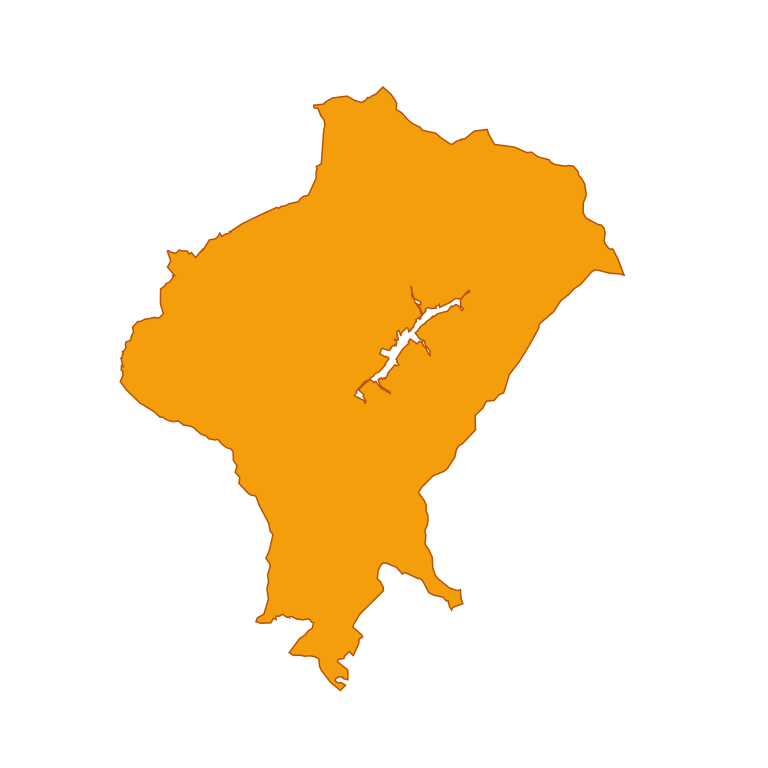 the district of Sandominic, Harghita, Romania, rotated 78°
{"feature_id": "2599482B98867301333239", "entity_name": "Sandominic", "entity_type": "district", "adm_level": 2, "iso_a3": "ROU", "parent_name": "Romania", "parent_adm1": "Harghita", "projection": "robinson", "projection_center": [25.816, 46.646], "detail": "fine", "context": "isolated", "style": "filled", "palette": "amber", "viewbox_px": 768, "rotation_deg": 78, "n_neighbors": 0, "source": "geoboundaries", "source_scale": "gbopen_adm2", "svg_char_len": 6161}
<svg xmlns="http://www.w3.org/2000/svg" viewBox="0 0 768 768"><g transform="rotate(78 384 384)"><path d="M664.7,498.3L674.7,490.4L670.6,484.2L666.7,488.7L667.1,490.2L666.4,491.7L664.1,493.5L662.1,492.4L661.0,488.3L662.4,485.0L663.4,485.3L665.8,481.0L665.0,480.6L656.1,478.9L646.2,487.2L644.2,486.5L643.8,484.9L644.3,480.4L641.9,478.9L638.4,473.4L643.2,470.8L642.9,470.2L632.7,462.7L628.3,461.3L626.9,457.4L624.7,458.0L615.3,465.0L612.8,463.6L603.8,455.1L586.1,427.5L582.4,427.0L575.9,429.0L573.2,431.0L565.3,428.5L560.8,425.1L558.9,422.4L559.8,418.8L565.7,410.2L573.7,405.4L572.7,402.7L581.6,390.9L581.4,389.5L584.4,387.2L597.6,383.4L600.9,379.2L605.0,370.3L609.2,368.2L609.3,366.5L615.5,366.2L619.2,364.8L616.8,363.0L615.3,352.5L610.2,353.3L601.0,352.0L601.5,353.6L600.9,356.0L597.0,362.5L585.3,372.0L581.3,373.6L573.9,374.5L563.4,372.8L555.4,374.6L549.2,377.2L540.7,374.5L536.2,374.6L530.9,370.9L526.8,369.4L521.4,368.4L516.9,369.2L511.2,367.8L506.3,368.9L497.4,372.9L492.7,368.4L483.9,354.8L481.9,343.4L479.9,339.6L470.3,329.9L464.3,327.4L461.3,325.1L459.9,323.4L458.6,319.6L447.9,304.0L433.8,301.5L428.2,292.4L422.1,287.3L423.0,279.8L418.3,273.5L417.6,268.8L400.8,259.4L390.0,246.8L376.1,233.6L361.0,220.6L359.6,220.8L357.2,218.9L348.5,202.9L339.1,193.5L334.8,184.6L330.3,178.2L327.3,170.6L317.9,158.3L316.4,154.9L316.4,152.5L322.4,140.6L325.4,130.4L327.5,126.5L310.0,129.3L299.3,132.2L299.6,133.5L298.1,136.1L292.3,138.6L289.8,138.9L282.4,136.3L277.4,136.4L273.5,138.7L272.7,141.3L263.8,151.7L260.4,153.0L257.9,153.6L248.1,151.3L242.5,147.5L239.0,146.6L230.4,146.1L224.3,147.8L220.6,150.1L216.4,150.1L210.4,153.3L208.5,158.5L208.7,161.4L204.6,171.7L201.2,175.1L199.1,175.8L193.8,186.3L188.0,191.3L187.2,196.5L179.4,207.1L172.6,226.1L161.7,229.6L156.5,230.1L155.3,243.1L161.0,253.9L160.7,258.2L161.6,258.2L161.2,259.8L161.9,263.6L163.5,266.6L163.3,269.0L154.8,277.3L149.3,281.4L143.8,293.8L140.5,295.2L135.6,301.5L131.4,305.1L122.2,310.5L118.0,315.0L112.5,313.3L109.3,313.9L102.1,316.9L93.3,323.3L98.6,331.4L99.9,336.7L101.0,337.7L100.4,340.5L102.9,343.4L103.9,347.7L100.6,353.6L94.7,360.3L93.5,374.9L95.3,380.8L96.9,384.3L97.7,384.5L96.7,394.9L99.4,394.9L100.7,391.3L108.2,390.1L113.6,387.8L118.3,387.9L123.6,390.3L155.7,399.6L157.2,404.9L161.0,405.0L161.9,406.2L168.5,407.6L183.6,418.7L183.7,423.8L185.8,427.9L187.8,429.8L188.0,440.1L189.1,443.2L189.0,448.5L189.9,449.0L190.0,450.7L189.0,452.3L192.9,470.0L197.8,489.6L202.4,501.1L203.5,502.0L202.6,502.6L203.1,503.7L204.6,504.5L204.4,508.0L205.8,511.9L202.2,513.3L204.9,515.3L207.0,518.9L206.7,524.8L215.1,532.8L214.4,533.5L216.7,535.3L216.2,535.8L221.1,541.9L215.4,545.1L216.4,547.8L213.5,548.4L212.7,549.7L211.8,554.0L210.3,556.4L212.7,560.1L212.6,561.2L210.6,565.4L208.9,566.8L208.9,568.3L219.5,567.0L224.5,571.5L234.3,566.2L233.9,568.3L235.4,567.7L239.7,572.5L240.6,576.5L242.4,577.9L244.6,582.8L259.0,586.0L269.5,585.2L272.7,590.5L271.0,595.3L271.3,601.9L270.7,603.3L272.1,609.1L271.8,612.0L276.2,618.1L280.9,618.2L285.5,621.7L287.3,621.9L289.0,624.3L289.2,627.7L291.8,628.8L294.9,628.8L297.3,631.1L298.2,633.4L300.1,632.4L300.7,633.7L304.4,635.0L304.0,635.9L312.7,635.6L311.4,636.9L315.9,638.2L317.3,636.6L319.2,637.5L320.5,637.0L326.9,641.5L336.5,637.0L352.2,626.4L363.0,614.8L370.0,609.9L370.4,607.1L373.2,604.8L375.9,600.6L377.2,597.4L377.3,593.1L382.5,588.6L384.8,582.4L387.1,579.3L394.8,573.7L398.0,568.6L401.0,567.0L403.6,561.0L403.7,557.9L409.5,554.8L413.5,551.3L415.7,547.2L418.6,545.7L427.6,547.2L433.4,544.7L439.4,547.9L445.4,544.5L451.0,546.6L462.4,539.7L465.2,536.9L466.4,533.5L468.1,532.4L475.9,531.4L496.6,525.7L504.1,526.0L508.2,523.9L523.8,531.2L529.9,535.8L536.0,533.1L539.4,533.5L546.2,537.5L553.6,538.1L559.8,541.1L570.4,541.8L584.2,549.4L586.3,556.3L589.8,558.7L592.4,554.2L594.1,544.3L590.2,540.9L592.0,538.6L588.6,538.1L589.4,534.6L588.2,531.0L592.2,527.4L591.9,526.2L593.1,525.0L591.9,524.2L592.4,522.6L596.0,517.9L596.9,514.3L597.8,513.1L598.1,506.2L601.9,504.3L603.0,502.5L608.2,505.2L609.6,509.4L613.0,513.4L615.6,519.6L627.0,532.6L630.6,529.1L631.8,522.5L633.8,518.2L634.5,512.8L636.5,508.2L639.2,504.9L647.0,505.7L651.4,504.7L664.7,498.3ZM311.6,280.9L313.3,286.3L316.7,290.4L317.3,291.8L324.0,292.7L326.9,290.5L328.0,291.7L328.2,292.9L324.0,293.8L321.1,297.2L322.7,300.6L321.7,301.8L325.9,306.6L326.4,316.9L328.7,321.9L327.8,322.5L329.7,324.6L332.3,330.8L333.6,331.0L333.6,332.9L335.8,336.8L339.0,340.0L340.5,342.9L347.0,339.8L349.1,337.4L350.6,337.3L349.3,336.2L350.3,335.3L354.5,335.6L360.8,332.1L365.6,333.0L363.5,334.4L357.4,335.5L354.5,338.0L353.7,337.6L350.3,339.0L349.6,340.4L351.5,343.2L345.3,349.2L348.3,351.8L349.5,351.3L353.4,358.1L362.4,367.1L363.7,366.1L365.0,366.9L368.4,365.5L368.9,367.7L367.4,369.2L374.4,378.3L375.8,378.4L379.3,381.8L377.9,382.6L379.1,384.7L377.4,385.2L378.4,388.8L384.3,388.0L387.1,386.2L393.1,379.8L394.5,379.9L391.6,383.3L391.1,383.0L388.7,386.6L384.2,389.7L380.2,391.1L380.6,391.8L379.7,392.3L380.7,393.6L377.1,396.0L377.2,397.4L379.9,403.4L384.5,410.1L390.0,406.0L391.5,407.0L397.2,405.3L399.0,406.5L398.5,407.0L397.5,406.2L395.6,407.5L389.3,415.5L386.5,412.3L385.4,412.6L378.0,402.9L376.3,396.2L375.2,396.1L374.2,392.9L371.9,390.3L371.2,386.3L365.4,378.4L364.6,378.9L360.9,374.4L359.3,374.1L357.2,376.6L357.6,377.3L353.7,381.8L349.2,379.2L349.0,377.8L352.0,372.7L352.1,371.3L350.3,369.4L349.6,369.7L348.3,367.0L348.9,366.5L347.5,365.2L349.1,364.3L346.2,362.9L342.0,364.8L343.8,362.5L343.9,361.0L341.8,360.4L339.9,361.7L338.8,360.4L336.8,361.0L335.4,360.3L334.7,358.4L340.6,357.4L339.0,357.2L337.0,355.5L333.6,350.1L334.1,349.1L338.2,348.8L336.9,346.2L336.1,346.6L334.7,343.4L332.7,342.8L329.3,339.1L327.9,339.6L326.3,336.3L328.2,335.6L327.5,334.2L326.0,334.7L325.4,332.9L317.8,333.5L313.7,335.5L312.3,335.1L311.1,336.8L307.8,336.7L303.9,338.6L298.5,337.4L293.5,337.7L296.7,336.8L296.9,337.5L306.4,337.0L311.3,331.1L314.0,331.4L313.0,334.7L317.8,332.6L324.0,331.6L321.2,327.8L319.4,328.1L319.1,327.4L318.4,324.1L319.9,323.1L320.6,317.1L318.6,317.2L318.4,314.2L317.6,313.5L320.6,313.5L317.9,302.3L315.6,297.4L315.4,295.4L316.9,291.2L310.7,283.0L310.3,281.2L311.6,280.9Z" fill="#f59e0b" stroke="#b45309" stroke-width="1.5"/></g></svg>